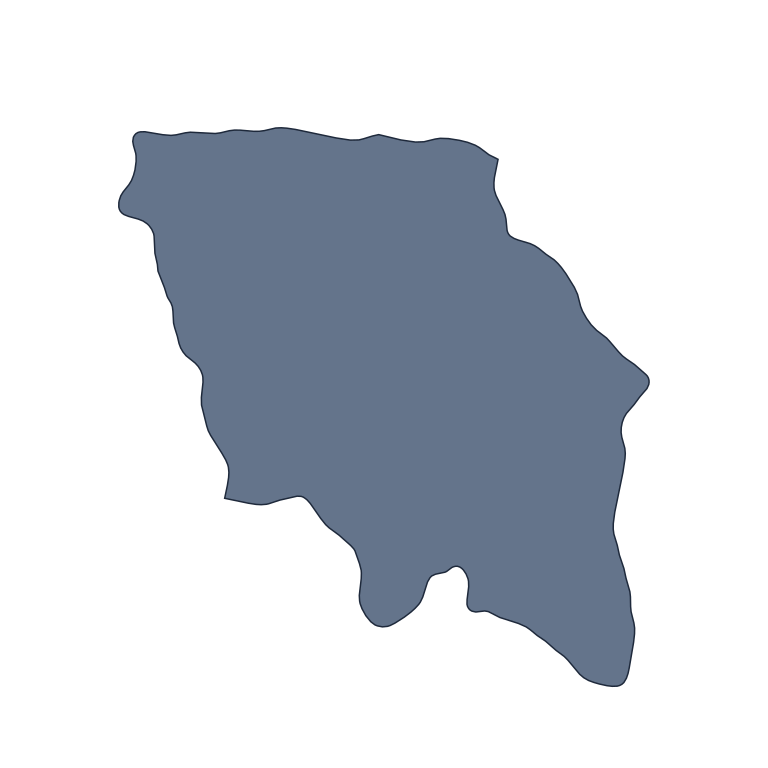 the district of Quisquella, San Pedro de Macorís, Dominican Republic, rotated 191°
{"feature_id": "3306468B80132338687245", "entity_name": "Quisquella", "entity_type": "district", "adm_level": 2, "iso_a3": "DOM", "parent_name": "Dominican Republic", "parent_adm1": "San Pedro de Macorís", "projection": "orthographic", "projection_center": [-69.415, 18.546], "detail": "fine", "context": "isolated", "style": "filled", "palette": "slate", "viewbox_px": 768, "rotation_deg": 191, "n_neighbors": 0, "source": "geoboundaries", "source_scale": "gbopen_adm2", "svg_char_len": 3314}
<svg xmlns="http://www.w3.org/2000/svg" viewBox="0 0 768 768"><g transform="rotate(191 384 384)"><path d="M518.6,241.4L494.5,241.1L486.6,241.4L481.5,242.1L476.5,243.5L474.4,244.4L464.2,250.1L447.9,257.3L443.8,257.9L441.5,257.5L439.4,256.6L437.3,255.5L433.5,252.6L420.3,239.8L414.4,234.8L410.4,232.3L399.4,227.1L385.7,219.0L382.1,216.3L380.6,214.6L373.8,203.0L370.8,196.7L370.1,194.0L369.2,188.5L367.9,171.7L366.5,166.2L365.5,163.8L362.7,159.2L357.6,153.1L351.6,148.1L346.9,145.8L344.3,145.3L339.2,145.3L334.2,146.8L331.9,148.1L327.6,151.4L319.6,159.0L314.0,165.3L310.7,169.7L307.8,174.4L306.7,176.9L305.3,182.3L303.5,198.0L301.9,202.6L300.6,204.6L297.2,207.1L288.2,210.9L286.8,211.9L282.3,216.9L280.8,217.9L279.1,218.7L277.1,219.1L274.7,218.8L272.6,217.9L270.6,216.6L267.2,213.2L264.4,208.9L263.4,206.5L262.2,201.2L261.3,188.2L260.5,183.6L259.5,181.5L258.0,179.7L256.3,178.5L254.3,177.8L250.4,177.7L241.9,180.4L238.2,180.5L225.7,176.9L206.3,174.6L198.1,172.7L193.8,170.8L185.5,166.3L176.4,162.4L164.2,155.3L155.2,151.0L150.9,148.1L136.5,136.4L131.9,133.8L126.6,132.0L121.1,131.1L115.6,130.6L107.5,130.4L102.3,130.8L97.4,131.9L95.2,133.0L93.2,134.6L91.6,136.7L89.9,141.4L89.2,146.5L89.1,152.0L89.7,178.0L90.4,186.6L91.4,192.2L93.1,197.1L98.0,207.6L99.4,212.4L101.5,222.2L103.0,227.0L109.4,239.6L113.3,248.7L120.3,261.0L124.2,270.1L129.7,280.5L131.3,285.3L132.3,290.8L133.0,302.2L132.6,342.9L133.2,356.7L133.9,361.9L135.3,366.8L140.4,377.1L142.0,381.7L142.8,386.7L142.8,391.8L142.0,396.8L140.4,401.4L134.6,411.5L130.4,420.3L125.0,429.7L124.0,434.0L124.1,436.2L124.6,438.3L125.6,440.3L127.0,442.0L128.6,443.2L141.8,450.9L150.8,454.8L155.3,457.1L159.7,460.2L170.1,468.5L174.3,471.6L185.5,477.2L192.0,481.7L197.8,487.2L203.0,493.3L205.8,497.7L211.1,508.9L215.6,515.2L226.4,526.9L232.2,532.3L236.3,535.5L240.6,538.3L249.8,542.3L258.1,546.7L262.5,548.5L267.3,549.7L279.6,550.9L284.1,551.7L288.3,553.3L290.1,554.7L291.5,556.4L292.5,558.3L295.7,569.1L297.6,573.5L300.4,577.8L310.0,590.4L312.5,595.0L313.4,597.5L314.5,602.5L315.0,607.7L314.9,626.3L324.6,629.0L335.1,634.1L339.9,635.8L348.0,637.2L356.4,637.6L367.6,637.2L375.7,635.9L380.5,634.2L391.0,629.4L399.2,627.5L414.0,626.8L436.8,627.8L442.7,625.2L450.9,620.8L455.2,618.8L463.5,617.0L478.0,616.4L519.4,617.0L528.1,616.6L533.8,615.9L539.2,614.6L549.8,609.9L554.6,608.3L560.0,607.2L573.9,605.7L579.3,604.7L584.2,603.1L592.6,599.3L597.4,597.7L622.2,594.2L627.1,592.6L635.6,588.9L640.5,587.4L648.6,586.5L666.9,586.0L671.4,585.0L673.5,584.0L675.3,582.4L676.4,580.5L677.1,578.4L676.9,574.2L675.5,570.5L671.7,563.0L670.9,560.6L669.8,555.2L669.3,546.7L669.7,541.1L670.7,535.6L672.5,530.8L676.7,522.8L678.3,518.5L678.9,513.8L678.9,511.5L678.1,507.1L677.1,505.0L675.7,503.2L673.7,501.7L671.5,500.7L666.8,499.8L656.7,499.0L651.5,498.0L646.9,496.0L644.9,494.7L641.5,491.5L638.8,487.6L637.9,485.3L633.8,468.6L629.3,458.2L627.4,451.7L617.9,436.7L613.7,428.9L612.5,427.2L608.6,422.9L606.5,419.5L605.1,415.3L602.2,403.7L600.3,399.5L595.9,391.3L592.9,384.6L590.4,380.5L587.3,377.0L583.7,374.0L573.3,368.5L569.7,365.8L566.5,362.4L564.0,358.4L563.1,356.1L562.0,351.2L560.7,336.0L559.1,328.5L550.0,309.0L547.6,304.6L544.4,300.5L530.0,285.2L524.9,279.3L522.0,275.0L520.9,272.7L519.4,267.7L518.7,262.6L518.4,254.7L518.6,241.4Z" fill="#64748b" stroke="#1e293b" stroke-width="1.5"/></g></svg>